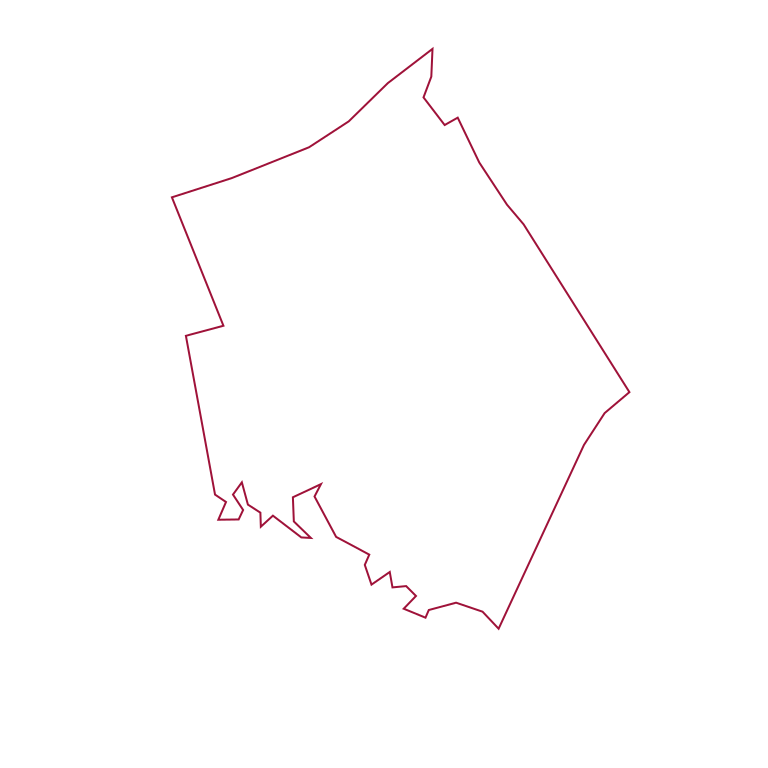 Barren, Kentucky, United States of America, rotated 331°
{"feature_id": "52423323B4695420785133", "entity_name": "Barren", "entity_type": "district", "adm_level": 2, "iso_a3": "USA", "parent_name": "United States of America", "parent_adm1": "Kentucky", "projection": "orthographic", "projection_center": [-86.003, 36.946], "detail": "fine", "context": "isolated", "style": "outline", "palette": "rose", "viewbox_px": 768, "rotation_deg": 331, "n_neighbors": 0, "source": "geoboundaries", "source_scale": "gbopen_adm2", "svg_char_len": 778}
<svg xmlns="http://www.w3.org/2000/svg" viewBox="0 0 768 768"><g transform="rotate(331 384 384)"><path d="M234.1,245.8L206.9,326.7L182.6,398.8L188.6,410.6L173.3,422.4L191.2,432.0L199.7,425.9L198.3,407.5L212.0,401.1L206.5,423.5L213.5,436.6L207.1,449.1L223.0,445.3L237.3,478.1L245.4,483.2L238.5,460.5L249.4,438.9L280.3,441.0L268.7,448.7L268.0,494.5L288.4,526.1L279.5,532.9L275.8,553.4L297.9,551.2L292.8,566.0L305.4,571.5L309.2,584.9L292.3,590.1L307.0,608.5L313.6,603.4L341.0,610.2L359.8,630.9L365.6,653.6L529.4,534.2L562.9,516.4L594.7,510.1L583.5,312.0L578.5,286.8L574.7,236.5L577.6,186.8L562.6,186.9L557.5,152.5L574.4,138.1L588.9,114.4L533.2,122.7L480.5,137.2L433.2,140.6L350.7,130.1L289.0,117.9L271.8,255.2L234.1,245.8Z" fill="none" stroke="#9f1239" stroke-width="2"/></g></svg>